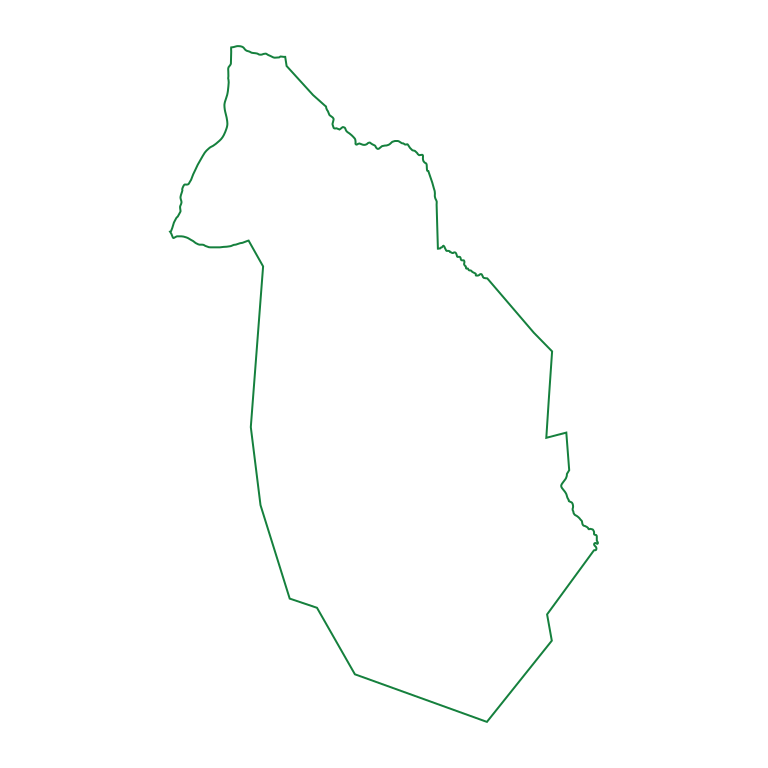 Olá, Coclé, Panama
{"feature_id": "35544464B52438824154031", "entity_name": "Olá", "entity_type": "district", "adm_level": 2, "iso_a3": "PAN", "parent_name": "Panama", "parent_adm1": "Coclé", "projection": "equal_earth", "projection_center": [-80.675, 8.498], "detail": "fine", "context": "isolated", "style": "outline", "palette": "green", "viewbox_px": 768, "rotation_deg": 0, "n_neighbors": 0, "source": "geoboundaries", "source_scale": "gbopen_adm2", "svg_char_len": 6054}
<svg xmlns="http://www.w3.org/2000/svg" viewBox="0 0 768 768"><path d="M285.2,56.9L284.1,56.9L280.6,56.5L280.3,56.6L279.5,57.2L279.1,57.4L274.7,57.7L274.1,57.6L273.1,57.3L270.3,55.9L268.2,55.0L266.6,54.0L266.0,53.7L265.2,53.7L263.8,53.9L263.1,54.1L262.1,54.5L261.0,54.7L259.4,54.6L259.0,54.5L257.6,53.7L257.0,53.5L255.3,53.2L253.2,53.0L251.5,52.7L249.5,51.6L246.8,50.8L245.8,50.2L245.2,49.7L243.6,47.7L243.2,47.4L242.5,46.9L241.6,46.6L240.6,46.3L238.5,46.1L237.3,46.1L235.6,46.5L233.5,47.1L231.2,47.4L231.1,48.7L231.2,51.6L230.9,63.5L230.7,64.2L230.4,64.8L228.6,67.2L228.4,67.8L228.2,68.8L228.2,69.6L228.3,71.6L228.4,76.1L228.2,78.4L228.5,79.9L228.7,82.4L228.4,86.3L227.9,91.0L227.6,92.8L227.2,94.8L226.2,98.0L224.9,102.0L224.6,103.4L224.4,104.9L224.5,107.2L224.8,109.7L225.2,111.7L226.1,115.4L226.6,117.5L227.2,121.1L227.3,122.4L227.4,123.8L227.3,125.1L227.0,126.8L226.5,128.5L225.3,131.8L223.8,135.1L222.5,137.3L221.1,139.1L219.4,140.8L215.9,143.8L213.1,145.8L210.4,147.2L209.0,148.3L206.5,150.6L204.8,152.6L202.7,156.0L197.7,164.8L195.5,169.5L193.2,174.3L192.2,176.9L191.1,179.8L190.0,181.6L188.8,183.7L188.3,184.2L187.5,184.5L186.4,184.6L185.0,184.5L184.6,184.6L184.0,185.1L183.4,186.1L182.7,187.6L182.3,188.8L182.2,189.4L182.4,190.2L182.2,191.1L182.0,191.8L180.9,195.2L180.5,197.0L180.5,197.8L180.6,198.5L180.9,199.7L181.3,200.9L181.5,202.1L181.4,202.9L181.1,204.0L180.3,205.9L180.1,206.6L180.1,207.8L180.5,210.7L180.5,211.4L180.2,212.1L177.8,216.5L177.5,216.8L176.6,217.6L176.1,218.4L175.3,219.9L173.9,222.6L173.7,223.3L172.3,227.9L171.1,231.0L170.9,231.4L170.6,231.6L170.1,231.7L171.3,233.7L172.8,237.4L173.0,237.7L173.3,237.9L173.6,238.0L173.9,237.9L176.3,236.6L177.1,236.3L181.2,236.3L183.6,236.6L186.6,237.5L188.2,238.2L191.0,239.9L193.2,241.1L195.6,243.0L198.2,244.3L199.6,244.7L202.3,244.7L203.2,244.8L204.0,245.1L205.3,245.9L208.9,247.2L210.2,247.3L220.2,247.3L223.6,246.9L226.8,246.7L230.3,246.2L231.1,246.0L233.7,244.9L235.9,244.6L240.1,243.2L242.5,242.8L247.5,240.9L248.6,240.6L263.1,266.4L250.8,427.1L260.5,505.1L289.7,598.6L317.0,607.8L354.9,674.3L486.9,721.9L551.8,640.7L547.1,614.5L547.3,614.1L593.9,550.4L594.4,550.2L595.5,550.2L596.1,549.8L596.3,549.3L596.4,548.8L596.4,548.3L596.3,547.8L595.9,546.9L595.1,546.1L594.4,545.3L594.2,544.8L594.1,544.3L594.3,543.6L594.6,543.3L595.2,543.0L596.0,543.2L597.2,543.8L597.6,543.6L597.9,543.1L597.9,542.8L597.8,542.4L597.0,540.9L596.8,540.5L596.8,536.5L596.7,535.9L596.5,535.5L596.2,535.1L595.4,534.9L594.6,534.7L594.2,534.4L594.0,533.6L594.1,532.4L594.0,531.7L593.5,530.6L593.0,529.8L592.7,529.5L592.5,529.4L590.5,528.9L589.9,528.9L589.2,529.2L588.9,529.2L588.4,528.8L587.9,527.8L586.9,527.0L585.2,526.1L584.0,525.8L583.3,525.4L582.9,524.9L582.6,524.4L582.3,523.4L582.0,521.5L581.8,521.0L581.5,520.6L580.5,519.6L579.6,518.4L578.4,517.2L577.0,516.1L574.9,514.9L574.4,514.4L574.1,513.9L573.6,513.1L573.3,511.4L572.7,510.2L572.6,509.0L573.0,507.5L573.1,506.2L572.9,504.9L572.6,503.8L572.1,502.9L571.6,502.4L569.2,501.3L568.9,501.1L568.7,500.6L568.8,500.2L567.4,497.7L566.4,494.3L565.9,493.3L565.1,492.0L562.1,488.2L561.6,487.4L561.3,486.6L561.2,485.7L561.4,484.9L561.9,483.9L562.9,482.5L565.3,479.3L565.9,478.4L566.4,477.1L566.8,475.8L566.9,474.3L567.0,473.8L569.2,470.2L566.3,432.6L546.3,437.8L548.9,398.0L552.1,351.4L533.8,332.7L487.3,278.4L485.3,278.2L483.9,277.9L483.5,277.6L483.0,277.1L482.6,276.0L481.9,274.7L481.6,274.3L481.1,274.1L480.7,274.1L480.2,274.2L479.9,274.4L479.1,275.1L478.1,275.5L477.0,275.6L476.0,275.5L475.8,275.2L475.8,274.0L475.7,273.8L475.4,273.5L472.5,272.0L472.1,271.7L471.4,270.9L471.0,270.6L470.3,270.4L469.4,270.4L469.0,270.2L468.5,269.7L468.1,268.9L467.9,268.6L467.0,268.4L466.5,268.6L466.3,268.5L466.0,268.1L465.8,266.4L465.2,266.0L464.7,265.4L464.2,264.6L464.1,264.1L464.2,263.3L464.4,262.3L464.4,261.8L464.3,261.2L464.0,260.6L463.7,260.3L462.0,260.3L461.5,260.2L461.1,259.8L460.8,259.2L460.6,258.1L460.4,257.6L460.2,257.2L459.9,257.0L459.2,256.8L457.7,256.9L457.3,256.7L457.0,256.2L456.7,255.0L456.1,253.4L455.8,253.0L455.4,252.6L454.9,252.4L454.3,252.4L453.9,252.5L453.1,253.0L452.3,253.0L452.0,252.9L451.2,252.4L450.1,252.1L449.9,251.5L449.0,251.0L448.4,250.9L446.8,250.9L446.5,250.8L446.0,250.2L445.6,249.3L445.0,248.3L444.7,247.3L444.3,246.7L443.9,246.1L443.5,245.8L443.0,246.0L442.5,246.7L441.9,247.3L440.9,247.6L440.2,248.4L439.5,248.4L438.7,248.7L437.9,248.7L436.6,204.6L436.7,202.8L436.7,201.6L436.3,200.4L435.4,198.6L435.0,197.1L434.8,196.1L434.9,193.4L434.7,191.2L434.5,190.4L433.9,188.5L432.3,182.7L428.3,171.0L427.5,170.9L427.3,170.7L427.1,170.3L427.0,169.8L426.9,168.9L426.7,164.9L426.5,164.1L426.1,163.4L425.0,162.8L424.4,162.3L423.5,161.2L423.2,160.4L422.9,158.9L423.0,156.0L422.9,155.5L422.7,155.1L422.4,154.9L422.1,154.8L419.7,155.1L419.1,155.1L418.9,155.0L417.8,154.1L417.2,153.1L416.6,152.5L415.0,151.0L414.3,150.7L412.8,150.4L412.2,150.1L410.0,147.9L407.9,144.7L407.5,144.3L407.1,144.3L406.2,144.5L405.0,144.5L403.3,143.4L402.1,143.3L401.5,143.0L400.4,142.3L399.2,141.5L397.9,141.0L394.9,141.0L392.7,141.7L392.2,141.9L390.0,143.9L389.3,144.4L388.6,144.8L386.8,145.4L386.2,145.5L385.2,145.5L382.2,146.1L381.7,146.4L379.0,148.6L378.5,148.8L377.8,148.9L377.3,148.7L376.6,148.2L376.0,147.4L375.3,146.0L374.8,145.5L372.3,144.3L371.1,143.5L370.2,142.8L369.9,142.6L369.3,142.6L368.4,142.9L367.7,143.3L367.0,144.0L366.5,144.3L365.5,144.7L364.5,144.9L363.9,144.9L362.7,144.7L359.5,143.5L358.2,143.8L357.0,144.5L356.5,144.6L356.1,144.5L355.7,144.1L355.5,143.8L355.5,143.2L355.6,142.2L355.4,140.3L355.2,139.4L354.8,138.6L353.4,137.0L351.7,135.3L349.4,133.4L347.6,132.2L346.6,131.3L345.9,130.2L345.2,128.3L344.7,127.7L343.6,127.2L342.8,127.1L342.1,127.5L340.3,129.0L339.5,129.5L336.5,128.3L334.9,128.5L334.2,128.3L333.7,127.9L333.4,127.1L332.6,124.7L332.5,124.0L332.6,123.5L332.9,122.4L333.5,120.0L333.6,119.2L333.5,118.7L333.1,118.0L332.6,117.4L329.9,115.4L329.4,114.9L328.7,113.2L327.9,111.2L327.0,109.9L326.7,109.2L326.2,107.9L326.1,106.8L325.9,106.4L325.1,105.8L313.0,95.0L286.6,66.0L285.2,56.9Z" fill="none" stroke="#15803d" stroke-width="2"/></svg>